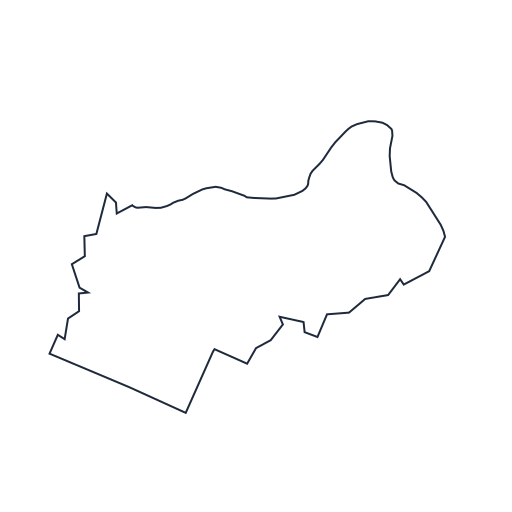 Spencer, Indiana, United States of America (Natural Earth projection), rotated 204°
{"feature_id": "52423323B86560635582080", "entity_name": "Spencer", "entity_type": "district", "adm_level": 2, "iso_a3": "USA", "parent_name": "United States of America", "parent_adm1": "Indiana", "projection": "natural_earth1", "projection_center": [-87.008, 37.994], "detail": "fine", "context": "isolated", "style": "outline", "palette": "slate", "viewbox_px": 512, "rotation_deg": 204, "n_neighbors": 0, "source": "geoboundaries", "source_scale": "gbopen_adm2", "svg_char_len": 1370}
<svg xmlns="http://www.w3.org/2000/svg" viewBox="0 0 512 512"><g transform="rotate(204 256 256)"><path d="M404.9,82.8L318.0,84.6L256.4,84.1L256.4,150.9L256.0,154.0L220.3,154.0L218.5,171.9L208.3,185.1L203.6,204.4L209.7,210.1L185.7,215.0L180.6,206.2L166.9,207.0L167.4,231.6L148.0,242.1L138.8,261.2L119.4,274.1L114.9,293.4L109.4,290.0L91.6,312.6L91.1,350.4L94.9,355.1L99.9,359.6L122.5,374.6L128.1,376.9L134.8,378.9L149.4,380.9L155.5,380.1L159.4,381.1L161.1,381.9L163.3,383.8L166.9,388.3L174.5,401.6L177.4,408.9L180.2,421.2L182.6,425.8L183.9,427.1L189.4,428.9L194.7,429.2L202.1,427.4L208.2,424.8L216.9,417.9L217.5,417.4L221.3,413.2L223.2,409.9L224.8,406.2L229.8,392.3L231.4,385.9L234.0,370.8L235.5,365.9L239.0,356.8L239.6,353.3L239.3,349.3L238.8,346.0L237.7,343.1L237.5,341.2L238.2,338.0L240.1,334.3L245.9,327.5L261.1,316.7L265.7,314.5L281.7,308.1L281.8,308.1L288.2,305.9L291.1,306.3L304.3,305.4L311.7,304.2L315.4,304.2L321.0,302.8L328.9,297.7L329.0,297.6L332.1,295.0L338.9,287.0L343.6,280.1L345.9,277.5L349.5,274.9L353.1,271.2L355.4,267.9L357.8,265.3L362.6,261.3L367.2,259.1L376.3,256.0L384.0,251.8L386.2,251.4L389.4,251.8L389.7,252.0L400.5,238.2L405.7,247.9L417.6,252.4L410.8,211.2L420.9,204.3L412.3,186.2L420.9,173.6L404.3,155.3L394.6,154.3L402.6,149.7L395.2,133.6L402.3,122.4L397.0,102.2L405.0,103.4L404.9,82.8Z" fill="none" stroke="#1e293b" stroke-width="2"/></g></svg>